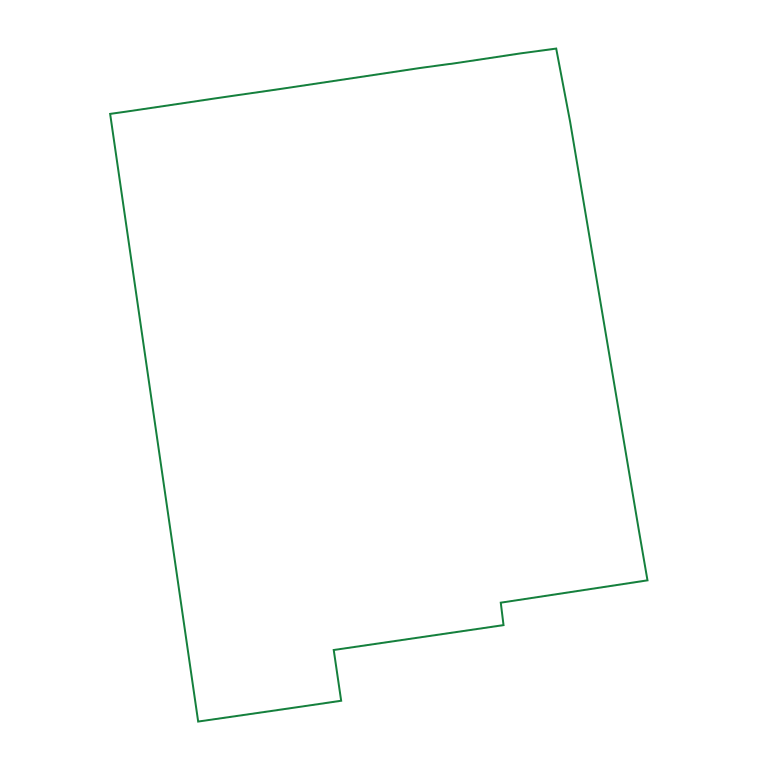 outline of Williams, Ohio, United States of America, rotated 82°
{"feature_id": "52423323B84599741370960", "entity_name": "Williams", "entity_type": "district", "adm_level": 2, "iso_a3": "USA", "parent_name": "United States of America", "parent_adm1": "Ohio", "projection": "natural_earth1", "projection_center": [-84.66, 41.566], "detail": "fine", "context": "isolated", "style": "outline", "palette": "green", "viewbox_px": 768, "rotation_deg": 82, "n_neighbors": 0, "source": "geoboundaries", "source_scale": "gbopen_adm2", "svg_char_len": 427}
<svg xmlns="http://www.w3.org/2000/svg" viewBox="0 0 768 768"><g transform="rotate(82 384 384)"><path d="M75.8,166.8L75.6,202.7L76.3,273.1L76.2,274.7L76.1,299.7L76.1,305.4L77.4,443.6L77.4,443.8L77.6,493.5L77.7,513.7L78.4,601.7L78.4,617.4L78.4,617.6L692.4,615.0L692.0,518.2L691.7,470.5L640.4,470.8L639.4,299.2L616.8,298.8L615.1,150.4L564.0,152.0L150.2,163.2L75.8,166.8Z" fill="none" stroke="#15803d" stroke-width="2"/></g></svg>